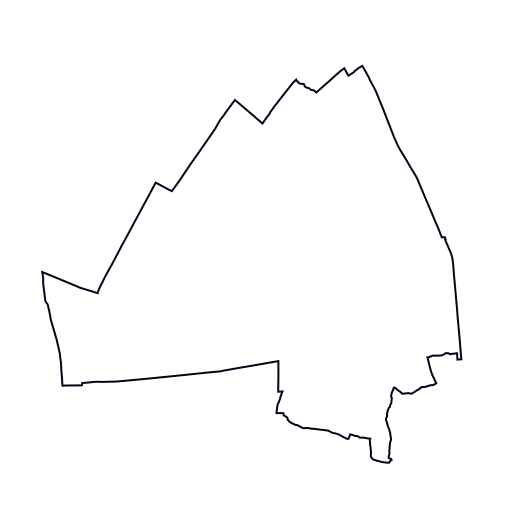 outline of Sapoca, Buzau, Romania, rotated 184°
{"feature_id": "2599482B44441354479305", "entity_name": "Sapoca", "entity_type": "district", "adm_level": 2, "iso_a3": "ROU", "parent_name": "Romania", "parent_adm1": "Buzau", "projection": "albers", "projection_center": [26.759, 45.229], "detail": "fine", "context": "isolated", "style": "outline", "palette": "ink", "viewbox_px": 512, "rotation_deg": 184, "n_neighbors": 0, "source": "geoboundaries", "source_scale": "gbopen_adm2", "svg_char_len": 5847}
<svg xmlns="http://www.w3.org/2000/svg" viewBox="0 0 512 512"><g transform="rotate(184 256 256)"><path d="M468.1,225.1L466.7,218.9L466.4,213.6L463.5,199.0L463.1,196.9L462.2,195.2L460.5,193.2L458.4,186.7L456.2,178.1L451.2,164.6L450.6,162.9L449.2,159.1L447.1,152.3L445.1,145.7L445.0,145.4L444.0,140.1L443.6,138.0L443.2,136.4L442.4,130.1L442.1,127.4L441.5,123.7L441.0,120.8L440.8,119.3L440.6,117.2L440.1,113.6L439.8,113.0L438.4,113.4L420.8,114.8L420.6,114.9L420.5,117.1L416.9,117.7L413.8,118.2L409.8,118.9L407.2,119.3L404.5,119.6L403.6,119.5L401.6,119.6L387.5,120.9L377.8,122.4L351.9,126.7L328.5,130.7L325.7,131.2L319.3,132.3L306.7,134.5L294.2,136.7L283.1,138.5L281.1,139.2L266.3,142.9L249.0,147.1L237.8,149.9L226.4,152.7L226.2,150.7L225.5,141.0L225.0,133.2L224.8,129.0L224.4,122.2L221.5,122.5L220.7,122.6L220.2,122.7L221.7,117.4L222.0,116.0L222.2,114.7L222.6,113.4L223.1,111.7L223.7,110.4L224.1,109.1L224.3,106.9L224.4,105.2L224.5,103.5L224.6,102.0L224.6,100.7L224.3,100.7L219.8,101.1L217.7,101.1L217.7,100.3L217.6,100.0L217.4,99.5L217.0,99.0L216.5,98.6L215.6,98.2L214.4,97.6L214.0,97.3L213.6,97.0L213.3,96.6L213.1,96.0L213.0,94.9L212.4,94.6L211.8,93.9L211.4,93.4L211.2,93.1L210.8,92.8L209.8,92.3L209.3,92.0L208.8,91.9L208.2,91.6L205.9,90.7L205.5,90.5L204.7,90.2L204.1,90.3L203.1,90.2L201.8,89.6L201.6,89.5L201.1,89.3L200.2,88.9L199.8,88.8L199.4,88.6L198.8,88.3L197.7,87.8L197.2,87.7L196.9,87.6L196.4,87.6L196.1,87.6L195.4,87.6L194.7,88.0L191.6,87.9L189.3,87.7L185.0,87.6L180.7,87.3L178.8,87.2L176.9,87.2L175.7,87.1L171.6,86.8L170.4,86.3L169.4,85.7L168.7,85.4L167.3,84.9L166.7,84.8L165.4,84.7L164.1,84.5L162.9,84.2L161.7,84.0L160.3,83.5L159.8,83.2L158.5,82.6L157.2,82.0L156.4,81.6L154.4,80.7L153.4,80.3L151.9,79.9L151.0,80.1L150.5,81.5L150.3,82.3L150.0,82.9L149.9,83.8L149.7,84.6L149.4,84.6L147.1,84.2L145.7,83.7L144.6,83.4L143.3,83.4L142.4,83.4L141.5,83.1L140.6,82.6L139.8,82.1L139.7,82.0L136.9,82.3L132.8,82.0L131.5,81.8L129.4,81.8L129.6,81.3L129.6,80.8L129.6,80.1L129.1,77.3L129.1,76.4L128.9,75.1L128.1,72.1L128.1,71.0L127.8,69.4L127.7,68.9L127.5,68.1L127.6,67.6L127.5,64.7L127.2,63.6L127.0,63.1L125.3,61.5L124.7,61.1L123.6,60.8L122.6,60.6L121.3,60.3L120.3,60.2L120.2,60.1L119.4,60.0L117.8,59.6L115.3,59.2L113.8,59.1L112.4,59.1L111.0,58.9L109.7,59.1L109.2,59.2L108.7,59.1L108.5,59.4L108.3,59.9L108.2,60.3L107.7,61.1L107.3,61.5L106.8,61.8L106.5,62.1L106.8,62.6L107.1,62.9L108.2,63.3L108.7,63.4L109.6,64.0L109.6,65.4L109.2,66.9L109.2,68.0L109.1,68.7L109.2,69.3L109.4,70.3L109.4,72.0L109.3,72.7L109.3,73.2L109.4,73.9L109.5,74.1L109.3,74.6L109.3,75.3L109.4,75.9L109.3,77.3L109.2,77.7L109.2,79.5L109.1,80.1L108.7,81.2L108.5,82.1L108.7,83.3L108.8,84.2L109.1,85.5L109.5,87.1L109.8,88.6L109.9,89.5L110.2,90.0L110.6,90.7L110.8,91.2L110.8,91.7L110.9,92.1L111.4,93.1L112.0,94.2L112.2,94.8L112.6,95.4L112.8,96.1L113.1,97.1L114.0,99.6L114.3,100.3L114.7,100.9L114.8,101.2L114.9,102.2L114.9,102.8L114.7,103.6L114.1,105.0L114.1,105.4L114.2,106.2L114.1,106.6L114.3,107.3L114.3,108.0L114.0,109.6L113.7,110.9L113.7,111.5L113.3,112.6L113.0,113.5L112.6,114.1L111.9,114.8L111.8,115.1L111.8,116.2L111.7,116.6L111.3,117.6L110.9,118.4L110.8,119.3L110.7,120.1L110.8,121.8L110.7,122.2L110.6,122.5L110.6,123.1L110.6,123.5L110.7,123.8L111.1,124.9L111.4,125.4L111.5,126.0L111.4,126.7L111.2,127.6L111.0,129.0L110.3,131.1L109.9,131.8L109.8,132.5L109.6,133.3L109.4,134.2L109.0,134.5L107.7,133.9L107.0,133.5L105.7,132.5L105.4,132.3L105.0,131.9L104.5,131.6L103.5,131.2L102.8,130.7L102.5,130.4L102.1,130.1L101.5,129.8L101.3,129.5L100.5,128.8L94.0,129.9L92.7,129.5L91.0,129.6L90.4,129.8L89.7,130.6L89.2,130.9L88.8,131.0L88.1,131.7L87.2,132.4L86.3,133.0L85.6,133.7L85.1,133.9L84.4,134.2L83.9,134.5L83.5,135.1L83.2,135.6L82.4,135.8L82.2,136.3L81.3,136.9L79.9,137.0L78.8,137.1L77.9,137.4L76.5,137.6L76.4,138.0L75.1,138.4L74.5,138.6L73.8,138.9L73.4,139.2L73.0,139.3L72.5,139.3L70.7,139.5L69.7,139.9L67.9,141.2L67.3,141.6L71.9,149.7L73.9,154.6L74.7,157.0L76.6,162.8L77.9,166.9L76.3,167.0L75.7,167.5L75.2,168.0L74.9,168.0L74.2,168.1L73.0,168.9L71.8,169.0L70.7,169.1L69.5,169.1L64.9,169.6L62.8,170.2L62.1,170.7L60.5,171.9L59.4,172.4L58.0,172.4L57.0,172.3L56.3,172.1L55.7,171.6L48.7,173.0L47.8,166.7L43.9,167.3L44.4,169.9L47.2,188.3L50.5,208.6L51.9,218.0L55.1,238.1L57.1,250.4L58.7,261.2L59.1,263.4L59.9,267.2L60.2,268.4L61.9,272.7L68.6,285.7L68.5,286.1L68.2,286.2L69.1,288.0L69.3,287.9L72.0,287.6L76.2,296.5L78.5,300.8L80.9,305.6L83.3,310.4L91.4,326.2L97.6,338.5L100.5,344.3L101.9,346.6L108.6,356.1L112.9,362.5L120.2,372.8L122.3,376.2L125.2,381.6L127.0,385.0L129.0,389.4L136.0,404.1L138.8,410.2L148.2,429.2L149.9,432.1L154.5,439.2L155.9,442.0L157.3,444.1L158.5,446.0L163.2,453.1L166.6,450.8L170.8,447.0L171.5,445.9L175.3,443.1L175.7,442.7L176.4,442.3L179.7,447.3L180.9,449.4L183.5,447.4L183.9,447.0L184.9,446.1L186.6,444.4L189.2,441.8L193.6,437.2L195.6,435.1L197.7,433.1L200.3,430.4L200.7,430.0L201.4,429.3L202.2,428.4L202.7,427.9L203.5,427.2L203.8,426.8L204.4,426.3L207.2,423.3L208.7,424.5L209.9,425.3L212.4,425.5L213.5,426.1L214.2,426.8L214.8,427.0L216.1,427.3L216.5,427.3L216.8,427.6L217.0,427.6L218.1,427.8L218.7,428.1L219.1,428.5L219.9,430.5L220.4,430.8L220.9,431.0L221.5,431.0L222.3,430.9L222.9,430.8L223.9,431.1L224.8,431.3L225.1,431.4L225.1,431.5L226.1,432.3L226.7,432.9L228.1,434.3L228.3,434.7L230.5,432.1L231.2,431.4L232.7,429.2L236.7,423.3L239.8,418.8L248.1,406.5L251.8,400.4L252.8,398.3L253.2,397.5L254.6,395.6L258.8,388.6L267.9,395.5L287.9,410.2L295.6,398.1L298.5,393.2L301.0,389.7L302.2,387.3L305.7,379.9L314.4,365.2L320.2,355.5L325.3,347.1L327.7,343.1L337.0,326.9L337.2,326.5L344.5,314.8L348.1,316.3L361.2,322.2L365.3,313.0L379.3,282.0L389.1,260.2L390.3,257.9L392.2,253.3L398.5,239.0L401.6,232.4L405.2,224.6L407.0,220.2L410.4,211.9L410.4,211.5L411.3,208.8L411.3,207.9L429.0,212.0L439.2,215.5L455.4,220.9L468.1,225.1Z" fill="none" stroke="#020617" stroke-width="2"/></g></svg>